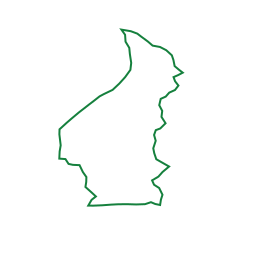 outline of Lauro de Freitas, Bahia, Brazil, rotated 50°
{"feature_id": "56859067B96940053875939", "entity_name": "Lauro de Freitas", "entity_type": "district", "adm_level": 2, "iso_a3": "BRA", "parent_name": "Brazil", "parent_adm1": "Bahia", "projection": "albers", "projection_center": [-38.327, -12.86], "detail": "fine", "context": "isolated", "style": "outline", "palette": "green", "viewbox_px": 256, "rotation_deg": 50, "n_neighbors": 0, "source": "geoboundaries", "source_scale": "gbopen_adm2", "svg_char_len": 1136}
<svg xmlns="http://www.w3.org/2000/svg" viewBox="0 0 256 256"><g transform="rotate(50 128 128)"><path d="M120.8,50.5L116.2,51.5L110.6,52.5L105.1,49.5L100.5,47.7L93.0,48.7L86.5,51.4L80.7,56.2L74.5,57.2L66.7,59.1L61.7,60.2L55.7,63.6L48.4,69.8L54.7,70.3L60.3,74.4L67.4,75.5L72.5,79.0L80.2,83.7L85.0,88.8L87.2,97.5L88.4,106.3L88.9,115.3L86.5,124.7L85.5,129.4L85.3,136.0L85.0,142.3L84.5,155.8L84.5,165.8L84.6,171.9L85.0,181.3L88.7,184.6L92.8,187.3L98.0,190.7L102.0,195.4L107.3,200.3L111.6,195.9L117.3,196.6L120.8,193.9L125.3,189.0L132.8,190.9L138.8,191.4L142.5,194.7L145.8,198.5L155.0,197.2L159.8,196.6L159.6,202.0L161.9,208.3L165.1,204.6L170.8,197.2L175.7,190.4L180.3,184.3L186.1,177.3L191.8,170.9L197.3,163.9L199.6,158.1L203.7,156.0L207.6,152.9L204.1,148.9L201.3,144.5L194.0,142.7L188.2,144.5L183.6,143.2L184.8,136.0L183.9,129.8L183.9,121.3L176.9,123.9L170.1,126.4L164.2,124.1L159.8,121.7L155.6,115.0L150.1,112.5L147.5,108.1L149.1,103.6L148.5,96.2L141.0,95.2L136.9,90.8L130.6,89.4L126.7,84.2L128.2,78.9L127.4,73.7L129.1,67.6L127.9,62.1L122.5,61.9L118.3,60.4L119.7,55.6L120.8,50.5Z" fill="none" stroke="#15803d" stroke-width="2"/></g></svg>